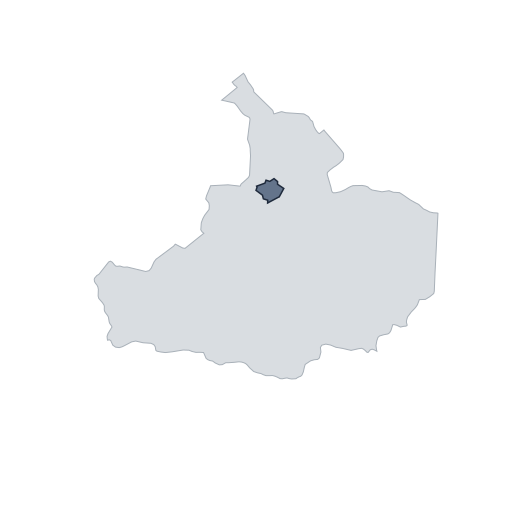 Canal/Pigi, Jonglei, South Sudan shown in context, rotated 321°
{"feature_id": "79223893B17498067697092", "entity_name": "Canal/Pigi", "entity_type": "district", "adm_level": 2, "iso_a3": "SSD", "parent_name": "South Sudan", "parent_adm1": "Jonglei", "projection": "robinson", "projection_center": [31.43, 9.096], "detail": "fine", "context": "in_parent", "style": "filled", "palette": "slate", "viewbox_px": 512, "rotation_deg": 321, "n_neighbors": 0, "source": "geoboundaries", "source_scale": "gbopen_adm2", "svg_char_len": 4011}
<svg xmlns="http://www.w3.org/2000/svg" viewBox="0 0 512 512"><g transform="rotate(321 256 256)"><path d="M385.2,381.0L372.8,395.1L372.0,395.9L370.5,397.0L365.4,397.0L360.3,396.3L355.5,392.7L350.7,395.5L347.6,396.4L345.8,396.7L341.5,397.2L335.5,398.7L332.7,400.6L331.2,402.1L330.0,404.8L329.4,405.1L328.3,404.8L326.7,403.7L323.5,402.1L321.9,398.6L320.4,396.5L319.1,395.4L314.0,398.8L311.5,399.7L309.5,399.6L305.8,397.6L301.7,395.9L299.6,396.0L296.4,398.0L292.8,401.2L290.9,404.3L290.0,406.1L288.8,403.3L287.6,401.5L285.8,400.8L282.4,401.5L281.6,400.5L281.4,398.1L280.9,395.9L280.0,394.2L277.4,392.6L270.5,389.2L265.3,382.5L262.6,379.4L260.7,377.3L257.9,372.1L254.8,368.4L251.0,366.7L248.5,367.6L246.0,371.5L241.1,375.1L238.9,375.2L236.0,373.3L232.4,371.8L226.0,371.2L223.4,373.0L219.9,375.8L216.9,377.4L215.1,377.6L213.4,377.0L211.5,376.6L209.8,376.5L206.3,374.0L204.6,372.1L203.4,370.3L201.4,369.1L199.2,368.0L197.5,366.4L196.7,364.4L195.4,361.8L193.8,359.5L188.5,355.3L187.0,352.9L185.9,350.5L183.7,347.8L181.5,344.3L180.7,339.1L180.6,334.9L180.2,332.9L179.2,331.0L178.1,329.4L176.2,327.5L172.0,324.8L167.6,321.7L165.4,319.9L161.4,319.2L159.0,317.5L157.0,313.5L156.2,310.4L154.2,308.0L153.3,306.2L152.8,304.2L154.5,298.0L152.1,295.8L148.6,293.0L146.2,289.9L144.6,287.0L140.2,283.2L130.4,277.6L124.8,274.0L121.7,270.8L119.1,267.6L118.8,266.3L120.6,263.1L120.8,260.5L119.4,257.7L113.6,252.3L109.0,246.4L105.4,244.5L96.9,242.8L94.5,242.2L92.0,241.1L89.5,238.4L88.6,235.2L89.9,230.2L89.1,228.6L87.7,228.2L88.1,227.1L89.7,224.7L92.3,223.1L99.3,220.6L99.7,219.6L99.9,216.5L100.4,214.9L102.9,210.5L103.2,208.8L103.3,205.1L103.7,203.3L104.4,202.1L106.3,199.9L107.0,198.6L107.3,195.7L107.1,190.1L108.1,187.8L112.5,182.7L113.7,180.4L114.1,178.4L114.1,176.3L114.4,174.2L115.7,172.2L116.8,171.6L120.1,171.0L122.3,171.4L137.8,167.9L139.6,168.4L140.4,170.4L140.4,173.7L140.6,175.4L141.4,176.5L143.9,178.1L145.6,180.7L146.5,181.7L149.0,183.5L160.5,198.6L163.7,200.1L166.9,199.5L173.1,196.4L176.3,195.6L198.2,196.5L200.7,196.0L200.8,196.1L204.1,203.7L205.7,205.4L229.8,205.5L229.3,203.3L229.6,200.9L233.9,196.3L234.5,195.7L238.2,193.5L241.8,192.0L248.8,190.3L251.4,187.5L252.8,185.0L252.8,180.1L253.8,179.3L255.4,178.1L263.5,173.7L264.9,172.8L279.1,183.1L287.1,191.2L287.6,191.6L288.0,191.7L288.4,191.4L288.8,191.1L289.8,190.7L293.2,190.6L299.7,190.2L301.8,189.2L314.8,174.7L318.1,170.1L318.9,169.2L320.8,165.9L322.8,160.2L323.2,159.6L337.4,146.0L337.9,144.9L338.0,144.0L335.9,139.5L335.4,137.1L335.3,133.6L335.7,128.0L335.6,124.5L335.4,123.5L335.3,123.3L327.4,113.3L347.4,113.2L347.4,112.0L347.4,111.6L347.0,110.4L346.8,108.8L346.8,107.9L346.9,107.1L346.9,106.6L346.8,106.2L346.9,105.9L361.3,106.1L361.1,108.9L359.4,115.6L359.4,119.6L359.0,124.1L358.6,125.5L357.8,126.6L357.6,127.1L357.6,127.6L360.6,153.1L360.4,154.2L359.6,155.8L359.4,156.3L359.3,156.7L359.7,157.0L366.3,159.7L366.6,159.9L366.9,160.1L369.3,163.4L382.4,175.5L382.8,176.1L384.2,179.9L384.4,180.5L384.4,181.4L384.4,182.1L384.0,184.4L384.2,185.4L384.4,186.1L384.6,186.8L384.6,187.1L384.4,187.6L382.5,192.0L381.9,195.2L381.7,197.8L381.8,199.3L382.0,200.3L382.2,200.7L382.4,200.8L388.1,200.8L388.0,202.2L388.8,225.2L388.8,227.8L388.6,231.1L387.9,232.3L386.3,234.2L384.3,235.8L379.2,236.3L375.0,236.2L372.0,235.8L367.9,235.7L364.0,236.0L362.6,237.5L357.5,249.7L355.9,252.7L355.5,254.5L355.9,255.6L357.9,257.1L362.3,259.3L367.4,260.6L371.1,261.1L373.7,261.7L375.7,262.4L382.8,267.9L385.1,270.5L386.4,272.8L386.7,275.2L387.7,277.7L394.3,285.4L400.5,289.0L402.9,293.0L405.2,295.0L407.4,297.1L408.5,300.3L411.2,309.5L413.1,314.3L414.9,318.3L415.7,324.7L417.2,327.6L418.7,331.1L421.2,334.2L423.9,336.6L424.3,337.3L397.5,367.3L385.2,381.0Z" fill="#d9dde1" stroke="#a8b0b8" stroke-width="1"/><path d="M310.3,224.4L311.2,224.7L320.1,221.0L317.9,213.8L319.6,211.7L318.7,207.2L313.7,206.7L311.5,203.4L308.8,205.0L300.4,202.1L300.1,203.2L297.3,205.0L299.3,212.8L297.7,216.2L300.2,220.0L298.4,222.1L310.3,224.4Z" fill="#64748b" stroke="#1e293b" stroke-width="1.5"/></g></svg>